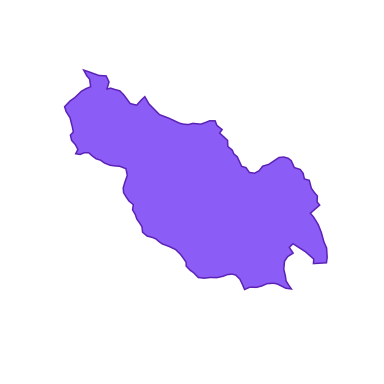 outline of Barracão, Paraná, Brazil, rotated 26°
{"feature_id": "56859067B92196836998679", "entity_name": "Barracão", "entity_type": "district", "adm_level": 2, "iso_a3": "BRA", "parent_name": "Brazil", "parent_adm1": "Paraná", "projection": "orthographic", "projection_center": [-53.532, -26.25], "detail": "fine", "context": "isolated", "style": "filled", "palette": "violet", "viewbox_px": 384, "rotation_deg": 26, "n_neighbors": 0, "source": "geoboundaries", "source_scale": "gbopen_adm2", "svg_char_len": 1947}
<svg xmlns="http://www.w3.org/2000/svg" viewBox="0 0 384 384"><g transform="rotate(26 192 192)"><path d="M267.4,120.3L263.6,119.5L259.2,120.3L255.1,122.8L248.8,133.6L244.2,137.8L243.1,143.3L240.1,147.6L235.0,149.3L229.8,146.4L225.4,147.2L217.1,140.4L213.0,139.5L209.8,136.7L204.3,135.4L201.3,130.0L191.0,126.9L191.7,122.7L185.1,121.2L181.6,117.9L176.6,120.3L173.4,123.9L170.1,127.2L162.8,129.9L159.1,133.0L154.8,134.7L150.7,135.6L139.0,135.8L128.8,136.7L114.7,131.7L107.8,127.0L106.2,131.2L104.2,138.2L97.7,139.6L88.3,134.7L82.7,132.7L78.3,133.6L73.4,134.3L70.4,136.7L69.2,129.5L63.9,125.3L57.1,128.1L46.5,129.2L41.2,129.9L46.5,133.7L50.4,135.4L54.8,141.8L51.4,145.6L48.4,150.0L45.3,158.5L42.5,163.6L40.1,171.2L43.5,174.8L49.9,178.8L53.2,182.8L55.9,185.9L59.0,190.1L57.8,194.2L61.2,198.4L66.5,200.6L70.8,203.8L70.7,208.6L75.0,207.3L78.0,203.9L82.1,202.0L86.1,203.2L91.2,204.2L95.8,203.5L100.5,204.3L106.5,203.9L110.6,202.6L115.7,200.6L122.4,200.0L126.6,205.5L127.4,212.9L128.4,218.5L130.8,222.6L135.3,225.5L139.2,227.7L144.8,229.1L146.4,234.1L150.8,237.0L154.3,240.5L158.8,243.0L162.2,245.1L165.2,249.8L171.0,251.3L176.3,250.2L180.1,250.0L184.3,251.1L187.9,251.7L195.2,251.0L202.5,250.9L208.8,253.0L213.6,255.5L217.5,257.7L219.3,261.2L224.8,263.2L228.8,263.8L235.1,266.1L240.8,264.1L245.9,260.8L251.9,258.1L256.9,254.1L259.8,250.9L264.0,248.2L267.7,247.5L273.2,249.3L278.0,253.1L282.0,256.6L285.7,252.2L291.8,249.4L295.8,246.0L299.5,241.6L305.0,238.4L308.8,237.3L312.8,237.3L318.3,237.4L323.8,235.6L319.3,233.1L315.5,230.6L312.8,226.6L308.3,221.1L305.5,213.6L306.3,208.1L309.7,202.6L303.7,199.1L305.5,194.2L320.3,196.0L330.8,198.9L332.5,203.1L343.9,196.7L342.1,191.4L337.5,183.3L332.4,179.0L326.1,171.8L319.9,166.1L316.4,163.8L312.2,161.2L307.7,159.2L312.5,147.8L308.8,146.1L306.5,140.7L301.9,138.7L297.6,136.3L292.3,130.1L287.3,131.0L283.7,126.5L279.4,124.3L273.3,125.2L267.4,120.3Z" fill="#8b5cf6" stroke="#5b21b6" stroke-width="1.5"/></g></svg>